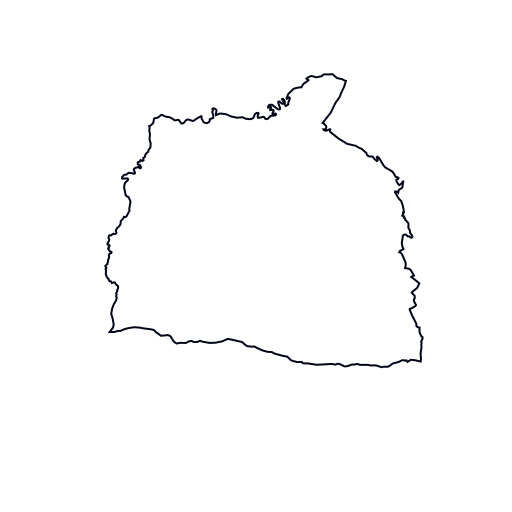 Chipatá, Santander, Colombia, rotated 243°
{"feature_id": "7082276B31557626540926", "entity_name": "Chipatá", "entity_type": "district", "adm_level": 2, "iso_a3": "COL", "parent_name": "Colombia", "parent_adm1": "Santander", "projection": "mercator", "projection_center": [-73.622, 6.074], "detail": "fine", "context": "isolated", "style": "outline", "palette": "ink", "viewbox_px": 512, "rotation_deg": 243, "n_neighbors": 0, "source": "geoboundaries", "source_scale": "gbopen_adm2", "svg_char_len": 6143}
<svg xmlns="http://www.w3.org/2000/svg" viewBox="0 0 512 512"><g transform="rotate(243 256 256)"><path d="M420.3,219.7L419.3,219.7L415.9,217.7L412.8,216.9L408.3,214.1L404.0,213.2L400.7,211.2L399.9,209.9L399.6,208.9L397.7,206.9L397.5,205.5L396.7,203.6L394.7,202.0L394.5,200.0L392.4,199.3L392.2,197.9L393.9,196.8L393.8,196.3L392.9,195.5L393.2,193.7L392.9,193.0L391.3,192.3L389.8,193.9L386.9,193.7L386.7,192.6L387.1,192.2L388.8,191.9L388.8,190.0L389.3,189.1L389.1,187.0L388.4,186.3L385.3,186.0L384.8,185.8L384.5,185.1L384.7,184.5L385.7,183.6L387.8,180.6L387.9,179.5L387.4,177.7L388.1,175.5L387.1,172.4L386.3,171.9L385.7,171.9L383.5,176.7L382.7,177.0L381.6,176.1L380.7,172.7L379.8,171.6L377.0,169.6L369.4,167.5L367.9,167.9L366.7,169.1L362.7,169.1L361.2,168.7L355.5,164.4L353.9,164.0L350.2,158.7L349.9,157.4L350.8,156.1L349.5,154.2L348.4,151.2L346.6,150.3L345.4,149.1L344.4,147.0L344.1,145.2L342.6,142.9L341.9,142.4L340.0,142.2L339.6,141.6L339.5,140.3L340.6,139.2L340.6,138.7L340.2,136.0L341.0,135.1L340.7,134.1L339.7,133.2L339.0,132.8L337.3,132.7L336.5,132.2L334.3,129.1L333.5,129.0L332.4,130.2L331.5,130.2L330.9,129.4L330.9,128.7L329.8,128.5L329.7,127.7L329.4,127.5L326.8,127.9L325.1,129.0L324.7,128.9L324.3,128.2L324.6,126.9L324.0,125.8L323.6,125.3L321.3,124.4L319.6,122.4L318.1,121.7L317.3,120.4L316.3,120.1L315.7,117.5L314.9,117.0L313.6,117.5L312.9,116.9L312.6,116.0L311.2,115.8L308.0,113.9L304.9,113.6L303.3,113.8L302.8,114.2L300.8,113.9L299.8,114.3L299.3,115.2L297.3,115.3L297.1,117.1L296.9,117.8L296.4,118.2L293.6,118.5L292.4,119.4L290.9,119.1L289.5,118.1L288.6,116.8L287.7,116.4L286.2,114.4L284.9,114.3L283.7,113.1L282.4,113.1L280.9,112.1L279.6,110.7L277.8,107.7L274.7,104.2L270.2,100.7L265.9,100.0L259.7,98.2L257.2,96.2L254.7,91.1L252.5,95.6L252.0,98.7L250.8,101.2L250.5,105.9L249.6,109.7L248.0,114.8L245.0,119.9L243.1,122.2L238.1,129.5L236.8,131.0L235.5,131.9L234.1,132.0L228.0,135.2L225.6,141.4L224.2,142.9L222.4,143.5L218.3,143.7L216.0,144.4L214.1,145.5L213.0,149.1L210.4,153.9L210.4,157.5L209.6,160.0L207.5,161.6L206.0,164.8L206.0,167.5L203.7,169.7L199.5,175.4L197.2,180.4L195.3,187.1L195.0,193.0L193.0,195.8L185.7,204.5L181.2,206.3L179.4,207.6L177.1,211.2L175.9,213.7L173.9,214.9L168.2,219.6L165.4,222.8L163.2,226.5L160.7,228.2L155.1,234.3L152.2,238.1L146.9,240.0L142.8,244.5L140.9,248.6L139.8,248.8L138.9,249.4L136.6,253.7L131.5,260.7L125.4,274.6L123.2,277.3L123.0,279.5L122.6,280.5L121.4,281.8L117.5,284.7L116.9,285.9L116.2,288.3L115.9,291.5L115.4,293.0L114.7,294.1L114.2,296.2L113.5,297.6L111.7,299.4L108.2,306.2L106.3,308.7L104.1,313.2L99.9,317.4L99.5,319.3L97.6,323.0L97.4,324.2L98.1,329.1L96.8,335.1L96.8,338.7L96.0,340.4L95.2,341.2L94.7,342.7L92.9,342.9L93.2,346.9L91.0,350.3L87.2,354.8L89.4,356.3L94.2,358.3L97.8,360.7L98.9,361.7L102.3,363.2L103.1,364.0L104.8,364.3L106.8,367.0L108.4,367.5L109.7,366.9L112.9,367.0L114.7,367.5L117.9,369.2L119.1,367.9L120.4,367.1L123.0,368.1L132.5,368.1L138.5,368.6L139.1,369.0L138.8,370.7L139.0,375.1L139.6,376.3L144.3,376.2L145.5,377.0L146.5,378.4L148.6,379.3L152.6,378.1L152.9,378.3L154.4,385.1L157.5,389.1L166.9,384.9L166.9,387.9L173.7,387.4L175.2,386.5L177.6,383.3L179.7,385.2L182.2,386.3L191.2,386.9L193.0,386.5L194.3,385.3L195.2,386.7L195.1,389.7L195.3,390.6L197.9,390.7L201.2,391.7L207.3,396.0L207.8,397.0L207.5,398.6L206.8,399.3L204.7,400.1L203.9,401.4L202.2,402.2L201.7,403.0L202.0,404.0L202.9,404.4L206.8,403.8L208.9,404.7L212.1,404.6L215.5,406.5L216.6,406.6L220.5,405.4L221.9,405.8L222.7,405.1L223.9,406.0L225.5,404.6L226.6,406.2L228.0,406.8L227.7,407.6L228.9,408.1L234.0,409.6L239.1,410.3L241.9,409.4L244.5,409.1L249.8,408.8L250.4,409.4L249.1,411.0L247.8,411.4L250.0,413.1L250.5,417.4L255.3,420.9L255.7,420.9L255.7,420.5L254.7,419.1L254.2,416.7L254.1,415.9L254.8,415.5L257.8,415.1L259.7,415.3L260.2,415.7L260.3,418.1L261.0,418.4L261.6,418.1L263.1,416.4L267.3,416.2L269.6,415.7L276.4,411.3L279.4,410.7L287.1,410.2L288.4,409.8L289.4,409.2L289.2,408.6L286.3,408.0L285.8,407.5L285.8,406.8L288.6,405.6L291.3,405.2L291.8,404.7L293.3,402.1L294.5,401.2L295.8,400.8L297.8,401.1L303.6,398.7L306.2,396.5L308.9,394.9L314.6,388.1L323.3,382.8L333.2,378.3L334.3,378.8L335.1,379.7L335.4,379.5L335.8,375.2L337.4,373.6L338.2,373.6L337.5,374.9L337.5,375.6L338.4,376.8L339.2,377.2L340.2,377.5L340.8,377.4L342.2,376.7L343.6,376.5L344.3,375.8L349.8,387.7L356.2,396.1L359.7,402.7L362.5,405.8L367.0,411.6L371.2,415.6L372.3,414.4L374.3,413.2L377.7,409.0L383.3,406.7L384.5,403.8L387.0,398.9L387.0,398.0L386.4,396.1L387.9,390.6L389.8,388.9L391.2,387.1L391.6,384.4L391.2,381.5L390.6,381.6L389.1,382.7L388.7,382.5L388.0,377.5L387.6,376.0L385.7,373.0L386.9,370.2L387.8,366.4L387.8,364.8L385.7,358.3L382.8,354.9L382.0,354.9L382.4,357.5L381.6,357.9L380.7,357.4L377.8,354.2L376.4,353.5L376.3,352.5L376.1,350.6L376.8,350.3L378.2,350.6L380.3,351.7L381.8,352.0L383.2,351.7L383.9,351.2L383.9,350.5L379.8,350.4L379.3,349.8L379.3,349.0L379.8,348.4L383.1,347.0L383.2,345.7L382.5,345.4L376.8,344.6L376.1,344.1L375.9,343.6L376.5,342.5L377.7,341.6L383.3,339.1L384.4,337.3L384.5,336.0L383.7,334.5L382.7,334.2L382.3,336.7L381.8,337.0L381.1,336.5L380.0,334.9L379.5,334.9L378.9,337.0L378.3,337.7L377.2,337.6L376.1,335.8L375.3,335.3L374.0,338.1L373.2,338.3L372.8,338.1L372.6,336.9L374.2,332.4L373.0,329.1L373.1,327.6L374.0,326.6L376.2,326.3L376.7,325.8L377.8,321.3L378.2,320.6L379.3,320.7L380.8,321.7L381.4,322.8L382.4,323.0L382.7,322.6L383.1,321.6L383.1,320.1L382.7,319.1L381.0,317.4L380.2,315.9L380.2,314.3L380.8,312.5L383.1,309.0L385.6,307.2L388.1,301.3L389.6,299.8L391.1,297.7L395.9,293.7L398.6,289.8L399.4,288.1L399.7,284.3L400.9,284.7L402.7,286.3L404.2,287.0L405.8,286.2L406.9,285.2L406.9,284.0L405.1,283.6L404.4,282.5L400.1,281.6L398.5,280.5L398.8,276.9L397.3,276.0L396.6,274.6L396.7,272.5L398.1,270.7L399.0,270.1L402.6,269.9L404.0,270.2L405.0,270.9L405.5,270.6L405.4,266.2L404.8,261.5L405.3,260.6L407.7,258.4L408.7,256.9L408.8,255.3L407.4,252.2L407.4,250.6L408.1,249.6L412.1,249.0L412.9,248.0L413.5,245.6L414.2,244.8L415.6,244.3L419.0,241.9L420.9,239.1L424.6,236.0L424.8,235.1L424.3,234.1L423.9,231.2L424.7,228.1L424.5,227.4L421.1,224.8L420.1,221.3L420.3,219.7Z" fill="none" stroke="#020617" stroke-width="2"/></g></svg>